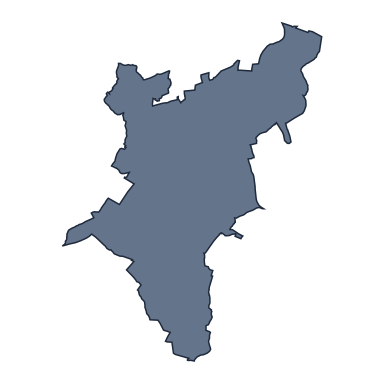 the district of Hereclean, Salaj, Romania
{"feature_id": "2599482B77807603099760", "entity_name": "Hereclean", "entity_type": "district", "adm_level": 2, "iso_a3": "ROU", "parent_name": "Romania", "parent_adm1": "Salaj", "projection": "natural_earth1", "projection_center": [22.997, 47.257], "detail": "fine", "context": "isolated", "style": "filled", "palette": "slate", "viewbox_px": 384, "rotation_deg": 0, "n_neighbors": 0, "source": "geoboundaries", "source_scale": "gbopen_adm2", "svg_char_len": 5919}
<svg xmlns="http://www.w3.org/2000/svg" viewBox="0 0 384 384"><path d="M194.3,361.0L194.5,360.0L195.0,359.2L197.3,356.8L200.9,355.0L203.2,354.8L207.1,353.2L209.5,351.3L210.6,349.4L210.4,347.9L209.8,346.5L208.7,342.3L208.6,341.0L209.5,338.2L209.5,335.2L210.4,332.4L209.5,331.7L205.8,330.2L206.1,328.0L205.9,326.2L206.1,325.6L208.4,324.7L209.6,322.2L209.6,321.5L210.3,320.9L211.5,318.8L212.2,317.0L211.4,314.9L211.3,313.1L211.8,311.5L211.2,310.7L211.4,309.9L208.8,307.8L208.9,305.5L209.9,303.1L209.9,300.7L209.9,297.9L209.4,295.0L209.1,295.0L208.6,291.4L209.2,289.4L209.0,289.0L209.4,286.8L212.6,276.1L211.2,275.7L212.8,270.5L210.6,270.0L209.8,269.4L208.8,268.4L208.3,266.8L204.9,265.8L204.4,262.3L204.2,258.6L204.6,258.2L204.6,255.8L204.5,254.7L203.9,253.3L204.6,253.5L205.7,252.5L213.6,241.2L216.7,237.5L219.3,234.8L219.5,234.0L220.4,233.5L220.8,233.7L220.8,233.1L221.2,232.9L221.5,232.7L224.4,234.8L225.0,235.6L225.9,235.8L229.4,235.5L231.8,234.4L235.7,233.8L235.9,234.0L235.1,236.3L240.9,238.7L241.4,237.7L242.8,236.0L238.9,234.0L232.5,229.7L229.9,229.5L231.0,227.2L232.2,226.2L233.5,224.0L234.2,223.7L234.7,222.5L235.2,222.4L235.2,220.5L234.6,218.0L236.4,218.1L239.8,216.2L243.7,214.9L247.0,212.3L252.8,210.2L256.8,207.9L259.3,207.5L262.4,208.7L263.6,208.7L261.6,207.5L259.3,205.7L258.7,204.9L256.8,201.5L256.2,198.9L255.1,188.7L255.1,186.7L253.9,177.3L253.3,174.7L251.5,171.7L250.2,165.6L248.9,162.3L248.2,158.9L251.7,158.6L252.6,157.8L254.0,157.6L253.8,157.0L254.0,156.1L252.7,153.4L251.7,149.5L251.8,149.2L250.9,147.0L251.1,146.6L250.1,144.9L256.5,143.4L256.5,141.8L256.8,141.0L255.8,137.9L258.1,135.3L260.1,133.7L262.2,132.8L266.2,131.8L268.7,129.3L271.0,127.6L271.3,127.0L275.0,123.9L275.1,124.4L275.6,124.0L276.5,122.7L282.7,132.6L283.6,135.1L284.6,140.5L287.2,143.2L287.8,143.4L289.3,143.4L291.0,142.0L289.8,136.1L287.5,129.4L287.2,129.3L287.0,128.9L285.6,123.3L286.2,123.3L294.5,118.0L302.7,113.3L304.2,110.9L305.9,106.1L306.0,104.3L305.8,100.6L305.2,99.0L303.3,95.6L304.0,95.9L305.0,95.4L305.9,94.5L306.6,92.3L307.4,91.7L308.0,89.3L307.7,86.6L307.9,85.4L307.0,83.9L305.9,80.7L303.9,77.5L303.1,75.8L302.7,74.1L301.1,71.3L300.9,70.6L301.0,69.4L301.5,68.3L302.6,66.9L303.5,66.0L305.4,64.8L306.2,63.8L308.0,63.1L314.0,59.4L315.3,57.8L316.3,57.2L317.1,54.6L318.4,52.5L319.4,51.6L321.7,36.7L312.5,31.7L308.8,30.9L308.0,32.5L295.7,28.0L297.1,26.4L293.9,26.3L292.3,26.9L291.5,26.1L282.0,23.0L284.1,27.8L284.5,29.1L284.6,34.2L284.3,36.2L283.7,37.6L282.3,39.4L279.1,41.6L276.5,42.4L272.9,44.0L270.1,44.2L267.2,46.2L263.1,51.2L260.8,55.1L259.5,59.2L259.2,61.0L258.5,63.8L252.7,64.3L251.8,69.1L251.7,71.0L240.0,70.2L238.0,70.3L238.1,66.9L239.5,60.7L237.5,60.4L234.1,63.8L233.7,64.8L232.6,65.8L230.3,67.2L221.2,71.0L215.3,77.3L213.8,77.6L212.9,79.4L209.7,80.3L208.8,78.0L208.7,77.0L208.9,72.7L201.1,74.9L200.9,76.0L201.3,78.5L202.5,82.5L195.4,85.2L194.8,90.1L184.3,91.1L184.4,94.2L185.0,96.0L184.8,96.1L185.1,97.4L185.1,99.2L184.8,99.6L183.6,100.1L182.8,101.0L181.0,102.2L180.8,102.7L178.4,99.0L178.2,98.0L178.3,96.6L177.2,97.1L177.4,99.6L170.4,101.3L167.6,102.7L164.1,103.0L161.6,103.5L152.6,106.0L152.4,104.1L153.1,98.4L154.5,99.1L155.3,98.9L155.2,99.8L157.2,101.2L157.7,100.9L157.7,100.7L158.4,100.9L159.3,100.7L159.5,99.8L159.2,98.8L159.9,98.4L161.0,98.2L161.7,97.2L162.2,95.7L168.5,93.1L168.6,92.3L168.1,89.2L168.2,88.7L168.6,88.0L169.3,87.6L170.2,85.5L170.8,85.0L170.6,84.8L170.7,83.9L171.1,83.1L169.9,79.2L168.2,78.6L168.5,74.6L169.3,72.6L169.6,71.1L169.1,70.8L161.5,74.0L160.0,74.3L157.1,74.0L155.5,75.5L150.2,78.0L144.4,79.8L143.2,79.7L142.8,78.0L141.9,77.5L140.4,75.1L139.6,74.7L138.2,73.2L136.6,72.0L136.3,71.1L136.4,69.8L136.1,69.4L136.6,68.8L136.9,67.0L136.0,65.7L133.8,65.4L132.6,64.7L132.0,65.1L130.3,65.2L128.2,64.6L126.7,65.2L124.3,65.3L123.0,64.9L120.4,63.4L118.5,63.4L118.6,65.5L116.6,70.8L116.4,72.1L116.6,73.9L117.0,75.4L116.9,77.0L117.6,77.9L118.4,78.3L118.5,78.7L117.8,79.5L116.8,81.2L116.9,82.9L116.5,83.1L116.0,84.2L115.5,84.3L114.6,85.2L112.5,87.9L112.5,88.2L113.0,88.6L111.6,90.8L109.4,92.0L109.2,92.5L109.4,93.6L108.2,92.4L107.6,92.2L106.4,93.5L106.5,94.2L107.2,95.2L106.9,96.1L106.4,96.3L104.2,99.5L104.5,101.3L105.7,103.1L106.9,104.0L107.6,104.9L108.6,105.4L110.5,108.7L111.5,109.9L112.8,110.6L114.8,113.0L117.6,114.7L120.0,114.5L123.6,112.7L123.7,113.2L122.8,115.2L123.4,117.1L123.8,120.1L124.4,120.6L125.4,121.0L126.1,122.0L125.1,125.8L126.6,130.1L126.3,133.4L126.8,136.2L125.1,139.6L125.0,141.1L125.2,142.6L123.9,143.9L124.5,144.8L125.7,145.5L125.8,145.7L124.8,146.7L124.8,147.2L125.9,147.5L124.6,149.3L121.7,148.4L120.0,148.9L117.0,153.7L115.4,158.8L115.0,161.1L112.7,164.0L111.5,166.0L117.1,168.6L118.9,170.2L119.8,172.2L120.9,173.2L122.3,173.7L124.2,173.6L129.3,172.4L126.6,177.2L125.3,177.4L124.6,177.2L124.3,178.0L134.1,183.9L127.8,191.8L119.4,204.5L108.3,198.2L107.6,198.9L105.9,201.3L104.6,203.7L104.0,204.2L101.3,208.1L100.8,209.3L98.7,212.1L94.3,211.8L92.7,212.2L91.3,213.1L93.8,217.7L92.3,218.6L85.3,221.7L82.8,223.3L80.0,224.4L79.3,224.4L78.0,225.4L76.3,225.9L75.6,226.6L71.7,228.3L68.6,230.2L66.9,234.2L67.0,235.5L66.7,237.3L66.8,238.6L66.3,240.3L65.4,241.2L65.5,242.5L65.3,243.3L64.3,244.5L62.3,246.0L69.8,243.9L75.3,242.7L80.3,240.9L86.4,238.1L89.7,236.0L91.6,234.1L95.9,237.3L104.3,245.3L105.1,245.8L106.9,248.4L109.4,250.0L111.2,250.0L111.3,250.5L112.7,251.7L114.2,253.8L119.8,256.1L122.9,256.3L132.2,259.6L132.4,259.8L131.6,260.3L133.8,261.6L126.5,269.9L133.1,276.7L135.7,279.9L136.8,281.7L138.9,282.4L141.0,285.0L137.5,290.0L138.4,290.7L139.4,294.9L139.7,295.5L141.0,296.8L141.6,298.7L144.5,301.7L145.0,305.3L144.9,307.1L146.3,311.3L146.7,313.6L148.5,315.6L149.3,317.2L150.0,319.8L158.0,320.2L160.2,323.5L163.5,330.0L163.8,330.3L167.4,331.3L170.2,332.4L167.5,337.0L165.5,341.3L167.1,341.9L171.9,342.2L173.5,353.3L175.6,354.5L188.8,358.3L187.8,359.2L187.4,359.8L187.5,360.3L188.9,360.5L190.6,360.3L194.3,361.0Z" fill="#64748b" stroke="#1e293b" stroke-width="1.5"/></svg>